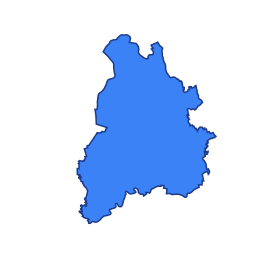 Jamapa, Veracruz, Mexico, rotated 155°
{"feature_id": "50627088B37468936058188", "entity_name": "Jamapa", "entity_type": "district", "adm_level": 2, "iso_a3": "MEX", "parent_name": "Mexico", "parent_adm1": "Veracruz", "projection": "orthographic", "projection_center": [-96.25, 18.99], "detail": "fine", "context": "isolated", "style": "filled", "palette": "blue", "viewbox_px": 256, "rotation_deg": 155, "n_neighbors": 0, "source": "geoboundaries", "source_scale": "gbopen_adm2", "svg_char_len": 5648}
<svg xmlns="http://www.w3.org/2000/svg" viewBox="0 0 256 256"><g transform="rotate(155 128 128)"><path d="M106.5,214.3L107.6,214.0L108.9,212.7L109.5,212.4L111.5,211.8L112.2,211.3L113.1,211.2L118.3,207.6L115.9,201.5L114.6,196.6L113.7,192.6L116.2,186.7L117.1,183.1L117.3,181.6L118.1,180.3L119.4,179.5L120.4,179.4L123.9,180.0L125.6,180.1L127.4,178.9L129.8,176.3L133.3,173.5L137.0,171.9L138.5,171.8L140.2,171.2L141.3,170.1L144.3,165.3L145.0,164.1L145.8,162.0L146.9,159.9L148.3,157.8L150.0,158.9L151.8,152.8L155.1,144.9L146.7,137.2L147.3,136.7L148.5,136.4L150.2,134.4L152.0,135.1L152.6,135.6L153.2,135.8L154.0,135.5L154.3,134.9L158.1,136.7L159.2,135.8L170.7,128.9L172.6,129.2L172.8,127.2L176.4,127.6L177.5,119.8L179.2,120.2L179.5,118.2L180.8,118.0L180.9,117.3L181.8,116.6L182.1,116.7L182.6,117.4L183.6,117.1L185.5,118.9L186.5,118.8L187.0,118.5L186.7,117.4L186.9,116.9L188.0,116.8L188.0,116.5L187.6,116.1L189.6,111.9L191.1,112.7L193.6,107.3L192.8,106.5L192.7,106.1L191.9,106.2L191.3,105.9L191.3,105.7L192.1,105.3L192.2,105.2L191.5,104.1L191.3,103.5L191.3,102.9L192.1,102.5L192.5,102.7L192.2,104.0L192.8,104.4L193.4,104.2L193.7,103.6L193.0,102.0L192.7,100.2L193.2,99.6L193.0,99.1L191.8,98.3L191.7,97.8L192.5,96.9L192.2,96.0L192.3,94.4L191.9,93.0L191.2,91.3L191.1,88.1L193.3,85.1L194.4,84.0L196.1,81.7L196.4,81.9L196.7,82.5L197.0,82.6L197.4,81.5L197.1,79.9L196.6,79.6L196.7,79.0L197.9,78.9L198.4,78.6L197.2,77.1L197.6,76.7L198.1,76.9L198.7,76.6L198.5,75.7L198.5,75.0L199.8,75.4L200.0,76.5L201.9,76.6L202.7,77.9L203.3,78.0L203.9,77.4L203.9,77.0L202.9,76.1L203.6,75.2L204.0,74.9L204.6,75.1L205.1,74.8L205.2,74.4L205.1,74.0L204.3,73.4L204.6,72.5L205.4,72.6L205.6,72.3L205.4,71.9L204.9,71.6L205.1,71.2L205.7,71.2L205.9,71.3L206.0,71.8L207.0,73.1L207.5,72.9L207.5,72.4L207.0,71.2L206.0,70.3L206.2,69.3L206.1,69.1L205.7,69.1L205.8,67.6L206.5,67.5L206.8,67.3L206.6,67.0L205.9,66.6L206.0,65.9L205.9,65.7L204.9,64.3L204.1,64.0L203.1,63.2L202.4,62.4L201.9,61.6L203.8,61.4L203.8,61.2L203.2,61.3L203.3,59.1L203.9,58.7L203.9,58.4L202.6,57.5L200.5,58.2L199.8,58.2L199.4,58.1L197.1,56.3L195.8,56.0L192.6,56.4L189.4,57.8L187.3,58.3L185.0,57.9L183.4,57.4L182.6,57.5L180.9,57.1L180.3,57.2L179.5,57.9L179.3,58.8L179.7,61.1L179.4,61.6L178.8,61.8L173.4,61.2L172.5,61.5L172.0,62.0L171.5,64.2L170.9,64.6L170.1,64.4L169.7,63.5L169.6,60.9L168.4,59.9L167.1,59.7L166.0,60.3L164.0,62.5L162.1,64.9L160.9,65.8L160.3,66.4L159.2,68.0L157.9,68.7L157.5,70.6L157.1,71.1L156.3,71.2L155.8,71.0L154.7,68.3L153.9,67.5L153.0,66.9L149.5,66.2L148.2,66.3L148.0,66.7L147.9,67.6L148.2,68.3L149.0,69.2L148.6,70.0L148.2,70.6L147.7,70.7L147.2,70.6L146.6,70.3L145.2,68.7L145.1,67.3L145.8,65.5L145.8,64.9L144.7,62.7L142.4,61.9L142.5,59.7L139.2,60.4L139.0,62.0L138.1,61.6L136.7,60.6L135.7,60.4L135.7,60.0L134.7,60.5L133.0,62.5L126.0,62.8L122.6,61.2L122.1,62.0L119.7,60.5L121.1,58.4L118.4,56.5L120.9,52.1L117.5,50.9L117.1,49.9L115.7,48.8L113.5,48.1L110.0,46.6L109.4,45.9L107.3,44.0L107.0,43.6L106.8,42.9L105.8,41.3L105.3,41.0L104.1,40.8L103.4,41.3L102.4,43.1L101.4,43.4L101.0,43.4L99.6,42.8L98.9,42.8L97.2,43.1L94.0,44.2L90.4,44.3L88.7,44.2L88.4,44.8L88.1,46.8L85.0,45.1L83.0,48.7L81.8,48.0L80.3,54.6L78.4,55.1L76.7,55.3L74.6,55.2L74.4,53.7L74.8,52.1L74.2,52.3L72.1,54.4L72.4,54.3L72.5,57.0L74.2,57.2L72.6,62.0L72.5,63.7L72.7,65.3L72.6,65.9L72.7,66.4L73.3,67.5L73.1,69.5L69.9,69.7L69.6,71.3L67.0,70.8L66.9,72.1L65.7,72.1L65.3,73.0L69.2,73.0L68.9,74.5L67.2,74.5L67.0,76.5L66.9,76.9L65.8,76.5L65.1,76.8L65.5,77.2L65.3,77.4L64.8,77.6L63.3,77.7L63.2,78.0L63.5,79.1L64.0,79.2L64.3,80.4L63.6,80.7L62.3,80.3L62.2,81.3L61.3,81.3L61.3,82.3L61.7,82.7L60.3,83.2L58.7,83.3L58.1,83.5L56.1,83.0L56.0,83.4L55.8,83.4L55.1,83.1L53.6,82.7L53.6,82.9L51.8,83.3L52.6,85.2L52.9,88.0L55.5,88.0L56.0,90.5L57.6,90.1L57.8,90.9L57.5,94.1L59.7,94.4L58.7,95.6L60.4,95.8L60.4,97.2L62.4,98.4L64.2,97.7L66.4,95.8L66.4,98.9L67.4,98.9L67.5,101.8L68.4,101.8L68.5,103.7L70.9,103.6L71.0,104.0L70.2,105.3L70.9,107.8L70.3,109.2L68.7,110.0L69.5,111.0L68.8,111.5L69.6,112.4L68.6,113.3L69.5,114.1L69.6,114.4L68.8,115.0L67.9,114.5L67.6,114.9L67.4,114.6L67.0,117.0L66.4,118.6L66.7,119.0L66.5,119.5L65.9,120.0L64.5,119.9L63.2,118.7L63.1,117.9L62.9,117.8L61.1,117.9L60.7,117.6L60.2,116.9L60.0,116.3L59.3,116.1L58.4,116.4L55.9,117.9L55.1,118.2L53.4,118.3L49.6,119.7L49.7,121.5L50.1,123.0L51.1,124.0L51.4,125.2L50.4,128.0L50.5,130.0L50.2,131.4L49.7,132.4L49.3,134.3L49.3,134.9L48.5,137.7L49.9,137.7L50.1,137.2L53.1,137.0L53.1,138.4L54.0,138.1L54.0,139.2L55.5,139.5L56.3,136.8L57.5,137.2L57.9,136.5L58.4,136.2L60.5,136.1L61.4,136.2L62.3,137.5L61.7,139.6L60.8,139.0L60.4,140.2L59.9,140.7L60.0,141.2L60.9,141.5L60.5,144.4L60.2,144.5L60.0,146.1L59.8,146.2L59.7,146.7L60.0,146.9L59.9,148.1L61.4,148.5L61.6,148.7L61.4,149.0L61.7,149.2L61.6,149.8L61.7,150.6L62.3,151.4L63.1,151.7L63.1,152.3L64.1,154.1L65.4,155.1L68.0,155.6L68.4,156.0L68.6,156.6L69.4,161.1L69.5,162.5L68.9,165.7L67.7,168.4L67.4,169.6L67.3,170.5L67.5,172.2L67.1,175.2L66.4,177.2L66.4,178.5L66.2,179.4L65.2,181.7L64.7,183.5L62.8,185.8L64.0,188.6L64.6,189.5L64.5,190.1L64.8,193.3L65.9,193.2L72.0,193.3L72.0,191.3L71.4,189.7L73.3,189.7L73.0,189.3L73.2,188.6L72.9,187.8L72.8,186.2L73.9,184.4L74.5,184.3L74.5,184.1L75.1,184.1L77.4,185.3L78.7,185.0L79.9,183.9L80.1,183.2L80.3,182.8L81.3,182.5L81.5,182.8L83.0,183.8L83.6,184.4L85.9,188.5L86.5,190.2L86.6,191.8L86.2,193.2L85.1,194.3L84.8,194.8L84.9,195.4L84.7,196.1L84.2,197.1L84.3,198.7L84.8,200.7L85.1,201.3L90.6,205.0L88.9,206.8L87.7,208.6L87.7,209.9L88.8,212.1L89.3,212.7L92.6,214.1L94.6,215.2L96.0,215.1L99.0,214.2L99.6,213.9L100.2,213.3L101.0,213.2L102.2,213.3L103.8,214.0L106.5,214.3Z" fill="#3b82f6" stroke="#1e3a8a" stroke-width="1.5"/></g></svg>